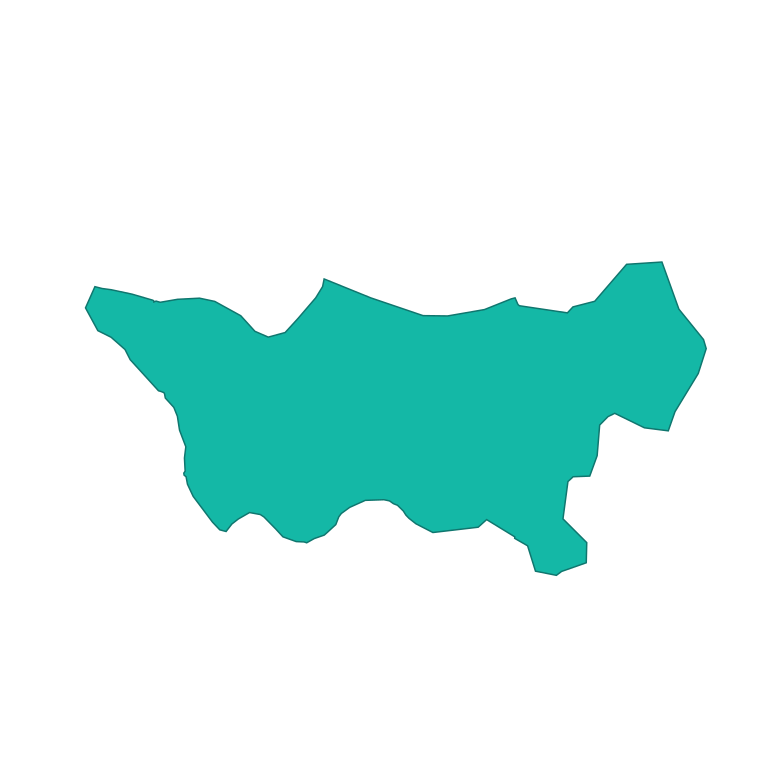 outline of Wushishi, Niger, Nigeria, rotated 12°
{"feature_id": "59680162B62313947241233", "entity_name": "Wushishi", "entity_type": "district", "adm_level": 2, "iso_a3": "NGA", "parent_name": "Nigeria", "parent_adm1": "Niger", "projection": "mercator", "projection_center": [5.918, 9.688], "detail": "fine", "context": "isolated", "style": "filled", "palette": "teal", "viewbox_px": 768, "rotation_deg": 12, "n_neighbors": 0, "source": "geoboundaries", "source_scale": "gbopen_adm2", "svg_char_len": 1521}
<svg xmlns="http://www.w3.org/2000/svg" viewBox="0 0 768 768"><g transform="rotate(12 384 384)"><path d="M357.0,544.2L359.8,540.4L366.1,531.5L367.4,523.3L369.2,519.5L376.1,511.8L389.9,501.7L408.0,497.2L413.7,497.2L418.1,499.1L422.4,499.8L429.3,504.2L432.7,507.7L436.4,510.2L444.3,514.1L462.7,519.1L505.9,504.5L512.6,495.3L543.7,506.3L543.9,507.8L558.1,512.4L571.1,535.6L592.4,535.3L596.7,530.4L619.0,516.8L615.3,497.0L587.1,478.7L584.2,441.2L588.3,435.4L604.4,431.3L607.4,409.8L603.5,379.3L609.9,369.3L615.8,364.7L647.8,372.7L671.8,370.7L674.4,350.6L689.2,308.4L691.8,282.4L687.3,274.1L656.9,249.5L630.5,206.9L596.4,216.5L572.9,259.3L552.8,269.3L548.6,276.3L500.2,279.3L498.8,278.6L498.2,278.0L494.3,272.5L490.7,274.3L466.8,290.3L432.1,304.2L408.0,309.0L353.2,302.5L303.6,293.7L303.7,301.5L299.3,313.9L286.3,337.7L276.6,354.2L261.0,362.2L246.8,359.3L229.7,347.0L201.3,338.4L185.7,338.4L164.4,344.1L148.1,350.6L143.8,350.3L141.8,351.6L141.6,350.9L141.3,350.4L140.3,350.1L118.9,348.5L97.6,348.5L88.4,349.2L81.0,348.9L76.2,371.6L93.0,391.3L107.3,395.0L123.5,404.1L130.7,413.0L149.1,426.2L164.8,437.5L167.5,437.7L170.5,438.2L171.4,439.3L173.0,443.2L183.3,450.6L188.6,458.5L193.6,471.7L203.2,486.6L204.2,497.9L207.6,510.6L206.7,512.8L207.4,514.7L209.7,515.9L212.6,522.9L220.7,533.6L245.0,554.8L253.7,560.8L260.2,561.1L264.3,552.6L269.6,546.3L279.2,537.7L290.1,537.4L294.2,539.0L308.5,548.5L316.9,554.5L330.9,556.4L338.7,555.1L341.4,555.4L347.9,549.7L357.0,544.2Z" fill="#14b8a6" stroke="#0f766e" stroke-width="1.5"/></g></svg>